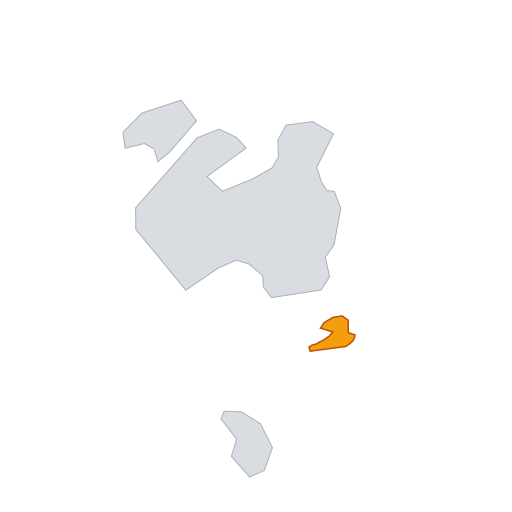 Vårdö highlighted on a map of Aland, rotated 56°
{"feature_id": "ALD-4820", "entity_name": "Vårdö", "entity_type": "state/province", "adm_level": 1, "iso_a3": "ALA", "parent_name": "Aland", "parent_adm1": "", "projection": "orthographic", "projection_center": [20.395, 60.233], "detail": "fine", "context": "in_parent", "style": "filled", "palette": "amber", "viewbox_px": 512, "rotation_deg": 56, "n_neighbors": 0, "source": "natural_earth", "source_scale": "10m", "svg_char_len": 1094}
<svg xmlns="http://www.w3.org/2000/svg" viewBox="0 0 512 512"><g transform="rotate(56 256 256)"><path d="M231.3,160.4L241.5,160.6L246.0,155.0L263.8,159.0L290.4,185.1L295.7,199.2L314.2,206.5L320.6,221.0L299.1,266.4L285.8,267.2L276.0,261.4L258.6,266.3L248.3,274.9L244.8,293.8L245.1,333.3L166.7,340.7L148.8,328.9L125.1,238.7L130.2,215.6L146.9,205.8L161.0,203.9L162.6,252.3L183.5,247.7L190.2,215.8L191.9,193.3L186.4,182.0L172.3,173.1L164.3,157.9L176.3,133.8L198.0,123.5L216.4,156.0L231.3,160.4ZM121.5,269.5L123.0,284.5L110.3,280.6L100.4,285.6L93.5,304.1L79.1,297.3L73.7,270.6L84.9,231.0L110.7,229.8L121.5,269.5ZM438.3,369.0L435.7,384.9L408.4,388.5L396.9,374.4L371.3,376.2L366.9,369.1L377.4,355.0L397.7,346.1L424.2,349.6L438.3,369.0Z" fill="#d9dde1" stroke="#a8b0b8" stroke-width="1"/><path d="M376.8,218.1L379.1,220.3L380.5,223.1L381.1,226.9L381.3,231.9L365.2,264.4L361.2,263.0L361.2,259.5L362.7,255.0L362.9,250.6L363.4,247.5L363.4,240.1L361.8,234.9L351.9,242.9L349.3,236.9L349.9,226.7L353.8,218.1L360.8,215.5L371.2,222.3L376.8,218.1Z" fill="#f59e0b" stroke="#b45309" stroke-width="1.5"/></g></svg>